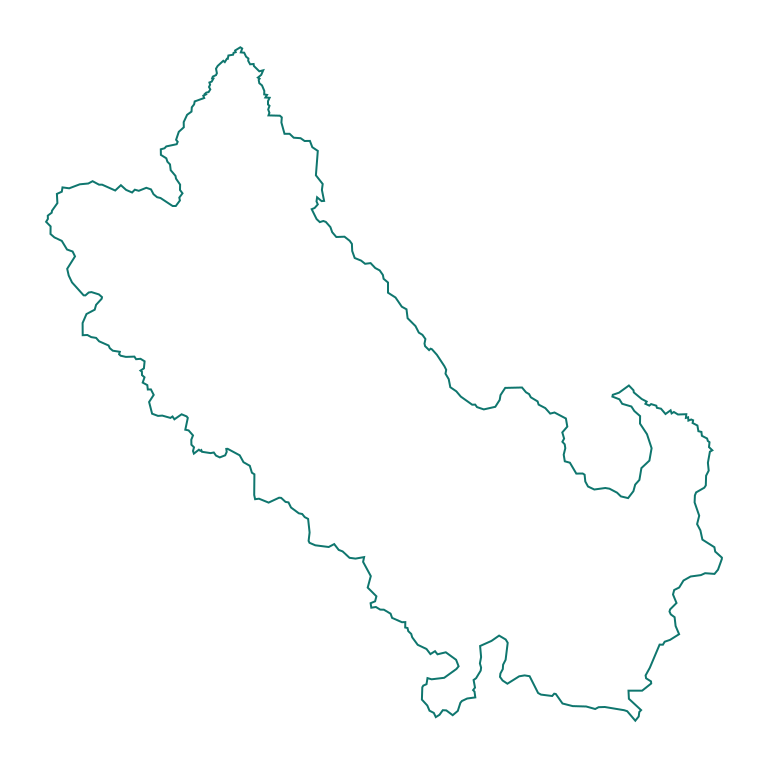 outline of Muong Nhe, Điện Biên, Vietnam
{"feature_id": "81297802B77284470547112", "entity_name": "Muong Nhe", "entity_type": "district", "adm_level": 2, "iso_a3": "VNM", "parent_name": "Vietnam", "parent_adm1": "Điện Biên", "projection": "mercator", "projection_center": [102.423, 22.263], "detail": "fine", "context": "isolated", "style": "outline", "palette": "teal", "viewbox_px": 768, "rotation_deg": 0, "n_neighbors": 0, "source": "geoboundaries", "source_scale": "gbopen_adm2", "svg_char_len": 6039}
<svg xmlns="http://www.w3.org/2000/svg" viewBox="0 0 768 768"><path d="M712.3,450.3L709.0,447.1L709.5,442.2L707.8,440.9L707.1,438.5L701.9,435.8L701.4,431.9L698.4,431.2L697.4,425.5L692.6,423.0L693.1,420.3L691.2,419.5L688.4,420.6L688.1,417.3L685.9,417.9L686.3,414.2L678.0,414.5L673.9,412.0L671.6,413.4L670.6,410.3L665.5,414.0L661.0,408.7L656.9,407.8L656.3,405.7L651.1,404.1L649.3,405.6L645.4,403.8L646.7,401.6L641.7,399.0L633.8,392.4L633.5,390.3L628.9,385.5L619.0,392.7L612.8,394.8L612.4,396.6L619.4,399.3L622.2,403.8L631.4,406.5L634.3,411.0L640.1,416.1L640.0,423.6L647.0,434.2L651.6,448.2L649.4,460.6L641.4,468.1L639.4,479.9L635.2,484.6L633.4,491.2L628.1,498.1L620.9,496.4L617.1,492.7L609.5,488.7L605.3,488.0L594.3,489.5L588.0,486.5L585.3,481.5L584.6,474.7L582.7,473.5L576.3,473.6L569.9,462.7L564.8,461.3L563.7,454.7L565.3,448.2L564.7,444.3L562.4,441.8L564.1,438.6L562.3,432.4L567.3,426.6L565.9,418.5L554.5,412.5L550.2,413.6L545.3,408.1L538.6,404.6L537.6,401.4L530.8,397.3L529.1,394.1L526.0,392.3L522.0,387.5L505.2,387.9L500.5,395.1L499.7,399.9L495.3,406.8L483.8,409.4L477.0,407.1L475.2,404.6L472.2,404.7L460.8,396.6L456.3,391.3L450.3,387.2L448.7,379.1L445.5,373.7L446.2,369.8L444.4,366.2L436.9,354.8L431.9,349.2L430.6,348.7L429.1,350.1L425.1,346.2L424.5,343.6L425.4,339.0L422.4,334.8L418.8,332.6L415.5,326.1L407.6,318.2L406.5,309.3L401.8,306.7L395.5,297.5L388.0,292.7L388.0,282.5L383.6,278.8L382.9,275.0L379.7,270.4L375.2,268.0L370.6,263.1L365.1,263.8L361.1,260.6L354.7,258.0L352.2,251.0L351.9,243.9L349.7,240.8L344.5,236.7L336.3,237.0L332.2,232.2L330.4,227.1L325.8,221.9L323.3,221.0L319.8,222.1L316.6,219.1L311.7,209.2L314.6,208.0L317.8,204.4L316.5,201.4L317.1,197.3L321.6,201.1L324.1,200.9L321.9,189.9L322.7,184.0L315.9,175.3L317.8,150.9L312.3,147.2L309.9,140.9L304.6,141.0L300.6,138.2L293.7,137.7L289.6,133.8L284.5,133.8L281.4,122.5L281.8,117.4L279.9,115.7L268.5,115.4L269.4,112.8L268.2,109.5L269.5,105.8L268.0,104.5L268.0,101.1L269.6,97.8L265.4,97.5L267.0,94.9L264.2,94.4L264.3,90.9L262.0,85.4L259.3,83.2L258.7,79.9L259.6,78.7L257.9,77.6L261.2,74.9L263.2,70.3L259.3,71.3L253.9,66.0L253.6,64.0L250.1,64.3L248.2,60.8L248.4,58.5L246.1,56.7L244.2,52.7L240.8,52.4L242.2,48.5L240.3,47.3L235.1,50.5L235.7,52.2L233.6,52.8L233.1,54.7L228.4,55.5L227.8,58.8L226.9,58.7L224.8,62.1L223.3,60.8L217.7,65.9L216.0,68.7L216.9,73.2L216.0,75.1L212.8,76.6L212.1,78.4L213.4,78.6L211.7,81.6L209.4,82.5L210.1,84.7L209.0,87.0L210.3,89.4L208.6,92.1L206.3,92.6L204.9,93.9L205.8,94.5L203.3,95.7L204.2,98.0L194.7,101.4L194.1,104.4L191.8,107.3L191.5,111.6L187.1,114.8L183.7,122.1L183.8,127.3L178.8,131.8L176.1,139.8L177.7,141.8L176.7,144.2L166.3,146.4L164.5,148.3L160.8,149.3L160.9,154.9L166.3,158.3L167.4,161.7L170.0,164.4L170.7,170.2L175.5,175.9L176.0,178.6L180.1,184.6L180.0,190.0L182.5,193.3L179.3,197.6L179.9,200.5L175.8,206.0L172.6,206.0L160.5,198.0L157.1,197.2L153.5,194.2L151.0,189.4L146.3,187.8L138.8,190.8L134.8,189.7L132.1,192.5L126.1,189.9L120.9,185.2L115.2,190.5L102.2,184.7L99.1,184.7L92.6,181.2L88.3,183.5L79.8,184.3L69.2,188.3L62.5,187.4L61.8,191.7L56.9,193.9L57.4,203.1L52.0,210.7L51.7,212.7L47.8,215.6L47.9,218.9L46.1,221.8L50.6,226.4L50.5,234.0L54.4,237.4L61.8,240.9L67.0,249.5L72.6,251.5L75.0,256.4L67.2,268.8L68.7,275.5L72.0,282.4L83.6,295.3L85.4,295.4L88.7,292.5L91.5,292.1L98.9,294.4L102.0,297.1L101.7,298.7L96.1,304.8L94.7,309.7L86.5,314.0L82.6,323.0L82.7,335.2L87.4,335.0L91.2,337.1L96.1,337.9L99.1,341.3L108.6,345.5L109.8,348.2L112.8,350.7L119.8,351.8L119.1,354.3L120.6,355.7L125.9,356.9L134.4,356.6L136.1,359.2L140.5,358.8L144.6,361.3L143.9,368.4L140.5,370.6L141.9,371.7L142.0,375.1L144.5,377.3L142.7,382.6L147.3,385.1L147.8,389.5L150.9,389.4L153.7,394.9L149.1,402.0L152.1,413.7L158.0,415.9L162.3,415.6L170.4,417.9L172.5,416.5L174.4,419.3L181.6,414.3L186.6,416.4L187.8,417.9L185.3,429.7L188.6,430.4L193.0,435.4L191.3,439.7L191.4,444.7L194.0,447.3L193.0,451.0L193.9,453.6L198.9,449.7L200.3,450.8L201.3,450.1L202.0,451.8L210.6,453.1L213.8,452.5L216.0,455.6L219.8,457.4L225.2,455.3L226.7,451.9L226.3,448.9L227.6,448.8L239.7,455.3L243.5,462.2L249.8,465.8L251.9,472.7L254.4,474.3L254.2,495.0L255.1,499.2L259.0,498.7L268.6,502.6L279.1,497.7L281.2,497.9L285.5,501.9L288.5,502.4L291.0,507.5L298.8,513.3L302.2,514.0L304.7,517.1L308.1,518.9L309.6,532.5L308.6,540.9L309.5,542.8L315.3,545.3L328.7,547.0L334.2,544.1L338.7,549.9L342.6,551.4L349.5,557.8L355.5,558.6L364.1,557.1L363.1,561.9L370.8,576.1L367.7,587.6L376.4,596.3L375.1,601.3L370.6,603.2L371.3,607.7L375.9,607.0L380.2,609.6L383.9,609.7L390.6,613.7L392.1,617.9L401.9,622.2L405.3,622.1L405.2,627.5L407.5,628.0L408.3,631.2L411.2,633.9L412.2,637.3L417.7,644.8L426.5,649.0L430.4,654.1L435.0,651.2L437.5,654.3L445.8,652.3L456.1,659.8L458.6,666.3L456.4,669.0L444.2,677.8L431.6,679.3L427.5,678.1L426.5,684.2L423.3,685.6L422.3,687.3L421.9,699.6L427.3,705.5L429.5,710.7L433.8,712.9L435.8,717.1L439.5,714.8L442.8,710.2L446.3,710.4L452.7,715.2L457.8,710.9L460.4,702.8L461.9,701.0L467.2,698.5L475.3,697.4L474.5,691.6L473.1,690.1L475.0,687.6L473.6,680.0L476.1,678.2L480.7,670.6L481.1,667.6L479.9,663.4L481.1,657.1L480.1,646.0L491.5,640.9L499.1,635.6L505.7,639.5L507.7,642.8L505.6,659.8L503.1,664.7L502.8,669.1L500.4,673.5L500.0,676.9L502.6,680.5L507.4,683.7L519.2,676.3L524.6,675.4L529.6,676.2L538.1,693.0L541.0,694.6L552.2,696.0L554.2,693.7L555.8,694.0L562.5,703.5L572.7,706.1L586.2,706.5L595.2,709.0L598.6,707.2L604.8,707.0L624.1,710.2L627.2,711.2L635.3,720.7L638.7,716.5L639.3,712.0L641.1,710.1L628.9,698.8L628.5,690.7L642.1,690.7L651.2,683.5L651.0,681.4L646.1,678.3L645.6,675.4L649.8,667.8L659.6,644.6L662.9,644.7L664.7,641.7L670.0,639.9L679.1,634.2L675.6,626.0L674.6,617.2L670.8,614.4L669.5,611.6L670.1,609.4L676.5,603.0L673.0,594.5L674.2,590.0L679.2,587.5L683.5,580.5L690.6,576.5L700.9,575.1L705.1,573.2L714.5,573.9L718.0,569.7L721.8,559.1L721.9,557.6L715.2,551.6L714.4,547.2L702.4,539.6L700.4,530.4L697.1,524.1L699.2,515.7L694.6,502.4L694.9,495.4L696.1,492.4L704.3,487.7L705.8,485.4L706.1,475.7L708.7,470.6L707.9,462.8L709.9,451.7L712.3,450.3Z" fill="none" stroke="#0f766e" stroke-width="2"/></svg>